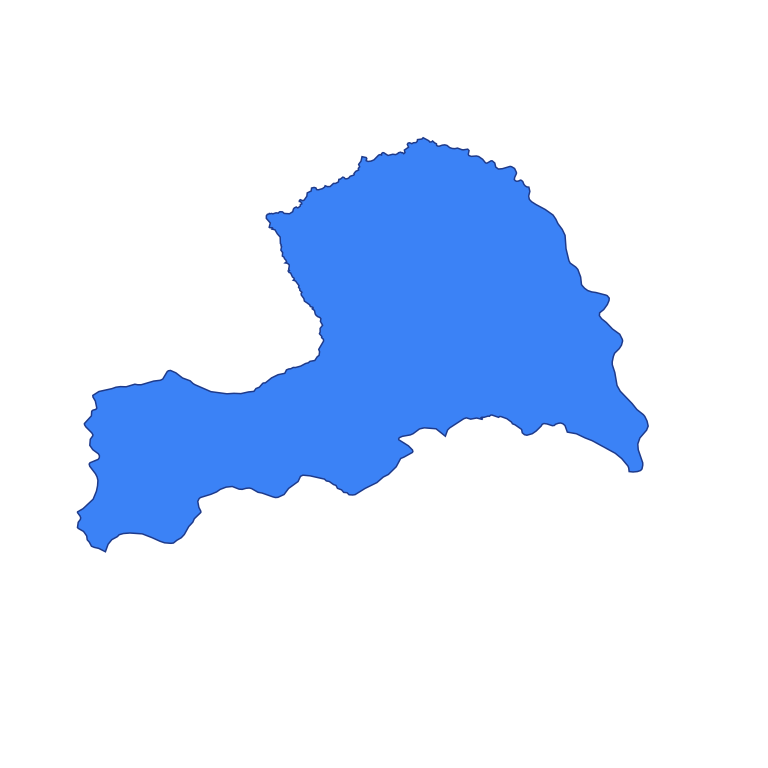 Doi Lo, Chiang Mai, Thailand (Equal Earth projection), rotated 289°
{"feature_id": "78962969B26500920183466", "entity_name": "Doi Lo", "entity_type": "district", "adm_level": 2, "iso_a3": "THA", "parent_name": "Thailand", "parent_adm1": "Chiang Mai", "projection": "equal_earth", "projection_center": [98.774, 18.527], "detail": "fine", "context": "isolated", "style": "filled", "palette": "blue", "viewbox_px": 768, "rotation_deg": 289, "n_neighbors": 0, "source": "geoboundaries", "source_scale": "gbopen_adm2", "svg_char_len": 6159}
<svg xmlns="http://www.w3.org/2000/svg" viewBox="0 0 768 768"><g transform="rotate(289 384 384)"><path d="M381.0,644.3L381.9,648.1L383.7,652.1L385.8,654.8L387.7,655.6L391.5,655.1L393.7,654.3L404.6,645.8L409.9,643.5L416.3,643.5L425.8,647.3L430.2,647.5L434.6,644.8L438.2,641.2L439.4,639.3L442.2,631.4L446.2,625.1L454.1,609.7L458.5,604.8L470.0,598.5L476.5,593.6L479.2,592.6L484.6,591.9L488.1,592.0L494.0,594.9L498.0,595.9L502.4,595.6L503.8,594.8L507.8,590.7L510.4,582.1L514.5,574.2L516.5,568.6L518.7,565.4L521.5,564.7L525.9,567.5L531.8,569.3L536.2,569.6L538.5,569.0L540.2,566.3L540.3,564.8L539.5,554.6L538.7,550.4L538.7,546.2L539.8,542.5L541.6,539.3L542.4,538.3L549.2,535.1L555.4,530.0L557.0,527.2L558.9,520.7L560.8,518.7L571.1,512.1L583.5,506.8L588.2,502.2L592.3,496.2L595.8,492.8L598.8,488.8L601.5,479.6L603.2,469.2L604.4,464.2L605.9,461.3L608.8,459.6L613.6,459.2L617.3,456.9L616.9,455.0L617.2,453.2L618.3,451.3L620.6,449.3L621.3,447.6L621.2,446.6L619.6,445.0L618.8,443.3L619.0,441.9L619.8,440.6L621.9,440.3L626.1,440.7L627.2,440.3L630.3,437.3L631.0,433.9L630.8,432.4L626.1,425.8L624.5,422.2L625.5,419.0L629.0,416.8L630.2,413.8L629.9,412.6L626.6,409.7L626.1,408.7L626.3,407.7L628.6,404.1L629.9,399.5L629.7,397.2L627.6,392.3L627.7,389.8L628.7,388.9L632.4,388.4L633.3,386.7L631.2,382.7L630.9,381.3L631.0,376.7L629.6,374.4L628.9,371.8L628.9,369.2L630.1,365.9L629.9,363.6L628.8,361.3L626.9,358.9L626.4,357.4L626.7,356.1L628.2,355.4L628.5,353.4L629.6,350.8L628.5,350.2L627.7,348.5L628.6,347.1L629.6,340.8L627.9,340.0L626.0,336.1L624.2,336.4L622.7,335.7L621.7,333.3L620.3,332.1L620.4,329.7L619.7,328.4L618.2,328.0L615.9,330.1L611.8,327.1L609.6,328.5L608.2,327.7L608.8,326.3L608.4,325.6L608.6,324.2L607.3,322.3L606.6,322.2L604.7,320.4L604.1,317.5L601.4,313.4L602.6,308.5L602.4,307.6L601.2,306.7L599.7,307.1L599.6,305.6L598.7,304.4L592.6,301.5L590.5,299.1L589.2,296.4L589.4,294.4L591.6,294.3L592.3,293.4L591.8,289.2L587.2,289.7L583.4,288.5L581.4,290.3L579.6,289.5L578.1,290.3L575.8,288.0L573.2,287.1L572.4,287.6L571.7,287.4L569.4,284.4L567.1,283.5L565.9,282.0L565.4,280.5L566.2,279.1L566.2,277.7L563.6,276.1L562.8,274.7L560.2,275.1L557.9,272.9L557.2,270.9L553.2,268.8L552.2,266.3L552.3,263.8L550.8,263.7L548.6,262.1L546.2,258.6L545.9,257.0L547.2,255.8L547.1,253.9L545.7,251.7L542.8,252.3L539.7,249.2L536.4,249.9L531.9,248.6L530.9,247.6L531.0,244.8L529.9,244.3L529.0,244.5L529.2,245.6L528.4,247.2L527.4,247.6L526.5,246.5L524.9,246.9L522.7,245.4L522.4,244.8L522.8,243.4L521.3,241.9L519.9,241.4L517.2,241.6L514.2,239.2L512.8,234.1L513.7,232.0L513.2,230.0L512.7,229.1L511.2,228.4L510.7,226.2L508.7,223.5L508.7,222.2L508.1,221.4L507.9,220.0L507.2,219.8L506.5,218.5L504.8,218.0L502.3,218.8L499.2,224.1L494.8,224.4L494.6,225.2L495.4,227.4L495.1,228.0L494.0,227.6L494.3,230.7L491.3,234.2L489.1,238.0L483.1,240.3L482.0,241.6L481.1,241.6L480.6,242.4L477.0,242.9L475.2,245.4L471.9,246.2L471.3,248.2L470.1,249.1L469.2,250.9L467.8,252.1L466.3,251.1L466.7,253.2L466.0,255.3L464.8,256.0L461.4,256.5L460.5,257.6L459.6,256.6L458.5,258.0L458.6,259.5L455.4,262.6L454.8,264.4L453.8,265.1L452.6,264.4L452.6,266.8L449.3,271.6L447.6,271.7L446.6,273.4L445.2,273.9L444.0,276.5L442.6,276.2L441.2,276.8L438.7,280.4L436.5,281.7L434.7,287.9L433.3,289.1L433.3,291.9L432.6,292.3L431.7,291.7L430.9,294.3L427.8,296.2L426.8,297.5L426.1,299.4L426.0,301.8L425.1,303.1L422.5,303.5L419.6,306.8L415.8,305.5L412.4,306.7L410.5,306.6L408.7,309.7L407.5,309.9L406.6,312.1L405.0,312.9L395.5,311.0L393.5,312.6L389.9,313.3L388.0,312.0L383.7,310.9L381.3,306.6L379.4,305.5L377.8,303.1L373.8,299.4L370.8,295.0L370.1,292.8L368.1,290.9L367.2,289.0L365.6,287.2L361.8,286.7L358.3,280.8L353.2,275.7L346.5,271.5L345.6,269.5L344.9,269.0L340.4,267.2L338.0,264.4L334.7,263.4L332.3,258.3L328.3,251.8L326.3,245.1L323.6,238.7L320.4,222.8L321.8,205.4L322.3,203.2L323.9,199.7L324.1,191.5L326.8,183.6L327.3,177.7L326.3,175.8L325.2,175.0L316.6,173.2L314.7,171.3L311.8,165.3L304.2,154.6L303.1,151.4L302.7,148.5L297.4,141.1L295.7,135.6L293.7,131.6L291.0,128.2L284.1,116.9L278.4,112.4L276.9,113.1L273.9,116.6L267.7,120.3L266.2,119.8L264.5,117.3L263.1,116.5L258.6,117.7L249.1,113.6L248.0,114.1L246.4,116.0L242.6,123.7L241.2,125.3L240.2,125.5L236.1,124.3L230.2,125.8L227.1,130.0L225.0,136.7L223.5,138.3L221.6,138.8L219.7,138.3L213.9,131.7L212.3,131.3L210.4,132.6L205.2,140.4L202.8,142.9L199.7,144.9L194.5,146.3L189.0,147.0L180.4,146.5L168.1,140.0L163.4,135.9L162.6,136.1L160.2,139.6L158.7,140.8L157.1,141.0L153.7,139.9L148.5,140.9L147.9,142.0L146.8,147.8L145.9,149.2L143.5,152.4L140.1,154.1L138.5,156.9L135.4,160.2L135.2,163.2L135.7,167.7L134.7,175.2L142.6,175.3L148.2,177.3L152.9,181.6L155.3,182.7L157.8,186.3L160.4,192.3L163.6,204.2L163.2,214.7L162.4,223.3L162.4,228.2L164.0,234.4L165.1,236.7L168.9,239.1L172.7,242.4L176.7,244.2L185.7,245.8L191.1,248.2L194.8,248.5L202.9,252.6L204.1,252.2L207.1,249.1L212.4,246.1L215.4,246.5L216.9,247.4L223.4,256.3L227.5,260.9L231.0,263.4L235.1,268.3L237.7,273.9L237.4,281.2L238.2,284.2L240.5,287.6L241.8,290.5L242.0,292.8L240.6,300.1L241.2,304.2L241.1,315.7L241.3,318.3L242.3,320.6L247.0,325.5L254.2,327.8L263.8,334.5L269.5,335.1L271.4,337.0L273.1,344.0L274.7,358.7L273.6,361.0L274.0,364.0L272.5,369.0L272.5,371.6L270.2,374.0L270.1,378.3L268.4,381.2L269.2,384.5L267.9,387.0L268.9,390.6L270.0,392.7L279.1,400.1L288.5,409.4L295.8,413.6L299.9,417.6L309.7,422.5L319.0,424.0L321.3,426.6L328.5,433.1L329.5,433.3L330.9,432.4L333.5,427.2L336.1,416.1L336.9,415.7L338.3,416.0L340.5,418.4L344.4,425.4L346.5,427.7L353.1,432.2L355.7,436.4L358.6,447.8L354.6,459.0L361.2,459.1L363.9,460.4L377.1,470.7L378.8,472.9L379.0,477.4L382.0,482.7L382.5,488.2L383.1,488.4L383.8,486.8L384.3,487.2L385.2,489.6L387.5,492.8L387.8,494.2L389.2,494.9L389.8,496.1L389.8,503.2L390.9,503.9L391.3,505.1L391.2,511.5L389.5,516.9L388.2,518.4L388.1,521.1L386.1,528.1L385.7,529.0L382.9,530.6L381.8,533.3L382.1,535.8L385.3,540.4L389.1,543.2L395.4,546.3L397.4,546.7L398.7,548.1L399.3,551.1L399.4,556.8L400.3,558.6L401.7,559.2L403.6,561.6L404.6,563.6L404.7,565.9L403.7,568.6L398.2,573.0L399.6,582.1L398.5,591.7L398.2,599.2L393.8,625.2L390.9,633.0L385.9,641.3L384.3,642.7L381.0,644.3Z" fill="#3b82f6" stroke="#1e3a8a" stroke-width="1.5"/></g></svg>